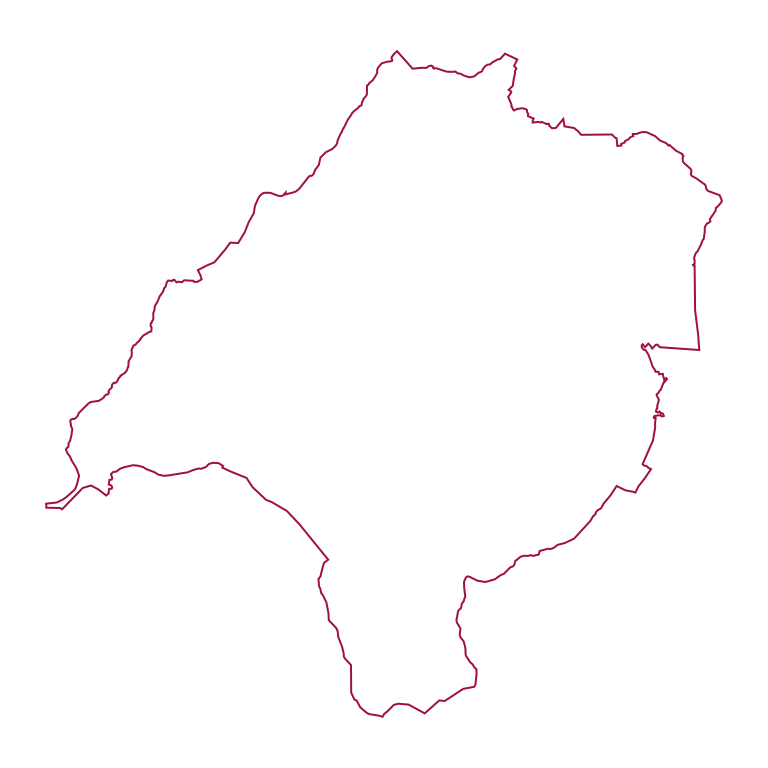 Targu Ocna, Bacau, Romania
{"feature_id": "2599482B20348732028695", "entity_name": "Targu Ocna", "entity_type": "district", "adm_level": 2, "iso_a3": "ROU", "parent_name": "Romania", "parent_adm1": "Bacau", "projection": "natural_earth1", "projection_center": [26.604, 46.281], "detail": "fine", "context": "isolated", "style": "outline", "palette": "rose", "viewbox_px": 768, "rotation_deg": 0, "n_neighbors": 0, "source": "geoboundaries", "source_scale": "gbopen_adm2", "svg_char_len": 6031}
<svg xmlns="http://www.w3.org/2000/svg" viewBox="0 0 768 768"><path d="M475.4,684.6L476.6,674.1L476.4,669.3L474.4,667.3L472.6,664.3L470.0,662.1L466.0,655.8L465.6,654.4L465.4,648.1L464.4,644.1L463.6,641.3L460.5,637.3L459.7,634.6L460.5,628.5L457.0,622.8L456.4,620.4L458.2,610.8L461.1,607.9L461.8,603.8L463.7,601.2L464.5,598.2L465.3,596.8L464.2,587.7L464.0,582.3L464.7,580.0L466.4,577.0L467.8,576.4L469.4,576.7L477.4,580.7L485.4,582.0L494.8,579.3L500.7,575.1L503.9,573.8L510.2,567.4L513.1,566.3L514.2,565.0L515.3,561.0L520.8,556.6L524.0,555.8L528.5,555.9L530.6,555.1L533.1,555.9L538.8,554.5L539.7,551.0L548.1,548.7L550.5,549.1L554.0,547.7L557.7,544.8L564.9,543.0L574.1,538.6L590.4,520.9L592.9,516.5L595.5,514.1L595.7,512.6L597.6,510.2L601.0,508.4L603.7,503.5L610.5,495.4L616.6,486.0L625.4,490.3L633.3,491.8L635.3,492.6L638.5,486.3L644.8,478.3L651.0,469.1L648.5,467.9L646.5,466.1L643.6,465.3L642.6,464.1L653.0,440.4L655.2,427.2L655.0,423.6L655.6,418.6L655.6,418.0L654.0,418.0L653.8,417.2L654.4,416.1L658.1,415.3L660.2,415.4L662.2,416.5L663.9,415.9L662.9,413.6L661.9,413.2L660.7,413.6L660.0,411.8L659.4,411.5L657.8,412.5L656.0,411.6L656.4,409.4L657.5,407.9L657.1,406.5L658.9,399.7L656.7,395.4L656.7,394.2L658.6,392.7L659.3,391.0L660.7,389.8L663.7,382.3L664.3,382.3L667.0,379.0L666.3,378.1L664.2,379.7L662.7,373.8L659.1,374.3L658.5,371.8L655.5,371.7L654.6,369.3L652.9,367.2L648.6,355.0L645.8,350.4L643.3,349.4L641.8,347.5L641.7,345.3L642.7,344.3L645.1,347.2L648.3,343.6L650.7,346.0L652.2,348.6L655.5,345.0L657.4,344.6L659.8,347.2L699.3,350.0L698.1,334.3L695.1,310.2L694.6,265.8L693.5,265.6L693.0,264.8L694.6,263.9L694.6,259.8L694.0,258.3L695.6,253.4L697.6,251.2L701.1,244.3L702.6,240.2L703.7,239.0L704.8,231.5L704.7,228.1L705.3,226.1L707.2,223.3L708.8,222.8L710.4,221.4L709.9,219.1L715.6,210.7L715.9,208.0L718.5,205.7L721.6,201.8L721.9,200.6L719.6,195.2L707.9,190.9L706.1,188.5L705.9,186.4L705.1,184.7L696.9,178.8L691.7,175.8L690.8,174.4L691.5,171.1L690.5,168.8L683.7,162.7L682.9,161.4L682.6,158.0L683.5,156.1L682.4,155.1L682.3,154.1L675.9,150.6L669.4,145.0L668.4,145.5L666.3,143.2L660.2,140.6L654.9,136.0L646.3,132.1L641.7,132.1L636.7,133.9L632.8,134.0L633.4,136.0L630.5,137.1L628.4,139.3L625.0,141.1L624.6,142.6L621.3,143.8L621.3,145.6L617.3,145.9L616.6,138.3L615.4,137.9L611.9,134.5L581.2,134.8L578.3,131.5L574.1,128.0L564.5,126.4L563.3,119.0L555.9,127.9L552.1,128.3L549.2,125.7L549.1,124.2L548.4,123.7L546.6,124.1L541.7,121.9L540.9,122.5L538.4,121.9L532.7,122.6L532.7,120.5L533.7,118.6L527.9,116.1L528.2,113.7L527.2,112.4L526.9,109.9L526.3,109.4L523.5,108.4L521.5,108.3L516.6,109.1L514.2,110.5L512.9,109.4L512.3,107.4L511.5,106.9L511.4,104.3L508.2,96.9L511.2,92.5L511.2,91.5L508.7,89.8L512.8,85.8L513.7,79.2L515.1,73.0L514.8,71.5L516.4,68.6L514.1,65.9L517.3,59.5L505.0,53.7L500.1,59.0L497.5,59.5L492.3,62.4L490.3,64.3L487.6,64.7L485.4,66.0L483.0,68.8L482.2,71.0L481.2,71.8L478.6,72.8L474.2,76.4L469.2,77.3L463.7,75.5L460.8,73.8L457.6,73.3L455.3,71.5L452.2,71.9L446.5,71.6L436.2,68.2L433.7,68.5L433.2,68.1L433.4,66.9L431.3,65.6L428.7,66.1L426.5,67.9L421.4,67.8L412.6,68.7L397.1,51.2L394.1,53.8L391.5,57.4L392.3,60.4L391.8,61.1L386.4,61.9L381.7,63.4L378.2,67.4L377.2,69.7L377.2,72.9L375.3,76.4L372.6,80.4L369.0,83.4L368.5,84.7L367.3,85.2L367.0,86.0L366.9,94.1L366.5,95.3L363.6,98.9L361.9,102.9L361.5,105.4L359.2,106.3L358.4,107.7L353.8,111.3L351.6,113.8L351.4,114.7L348.0,119.3L343.7,128.1L343.1,128.4L342.0,131.4L339.5,136.0L337.6,140.5L337.1,143.3L335.8,145.6L332.0,149.2L326.0,152.1L320.4,157.7L318.8,165.0L315.1,169.9L313.6,173.9L311.6,175.9L309.8,175.9L308.7,176.8L299.2,188.8L296.0,191.4L293.7,192.3L285.7,194.4L285.6,192.5L283.4,195.3L281.0,196.1L278.0,195.7L270.3,192.8L263.8,192.8L260.9,194.7L258.7,197.4L255.0,205.7L253.8,213.2L248.7,222.2L244.8,232.1L238.2,243.0L230.2,242.7L225.4,249.3L214.4,262.3L206.8,265.5L197.9,270.1L200.6,275.7L201.6,279.4L197.3,281.9L194.0,281.9L193.4,280.8L184.2,280.3L182.0,282.2L178.1,281.7L176.5,282.4L174.5,279.9L173.3,279.8L172.2,281.0L168.2,280.5L166.9,282.1L165.5,286.9L164.0,288.3L163.8,289.8L162.6,292.3L159.9,295.9L157.7,301.2L154.9,306.1L154.3,310.7L153.3,312.8L153.3,319.5L152.1,321.1L151.8,322.4L151.0,322.9L150.7,324.3L150.6,325.7L151.6,327.8L151.3,331.4L149.2,332.0L143.2,335.6L140.3,338.9L140.4,339.7L136.5,343.3L135.7,344.6L133.4,345.6L131.5,350.2L131.8,353.1L131.5,356.4L128.7,361.0L128.3,366.9L127.6,367.7L127.2,369.9L124.9,372.9L120.4,375.8L120.4,376.6L119.1,377.5L117.1,381.5L115.5,382.9L113.8,382.8L112.4,384.3L111.9,385.1L111.9,387.3L108.8,390.5L108.5,392.1L108.9,392.9L108.2,394.1L105.9,394.8L104.1,396.5L103.8,397.6L99.0,400.8L90.8,402.0L88.7,403.2L78.6,413.2L78.2,414.9L76.6,417.2L74.3,419.0L72.3,418.9L70.6,420.0L70.2,421.1L71.0,424.8L70.8,425.8L72.1,428.4L72.3,430.9L71.7,431.8L71.8,433.5L70.2,440.5L68.5,443.4L68.5,446.7L66.4,448.5L65.9,449.5L67.4,453.2L70.1,456.7L71.3,459.8L76.5,468.5L79.1,475.7L76.8,484.9L74.9,489.5L66.5,497.0L62.9,499.5L56.8,502.5L46.1,503.7L46.4,507.7L59.9,508.0L62.1,509.3L82.7,488.0L91.0,485.5L98.5,489.5L106.1,495.5L108.5,493.6L109.1,488.9L111.5,488.8L112.2,487.6L111.9,486.3L110.9,485.3L108.8,484.5L109.4,479.9L111.7,479.6L112.3,477.9L111.0,474.1L112.9,472.2L116.4,471.5L119.8,468.9L124.1,467.2L133.0,465.2L138.0,465.7L143.1,467.1L146.3,469.1L154.9,472.4L158.1,474.5L163.4,475.8L168.7,475.4L187.7,472.3L193.5,469.9L198.8,468.5L201.1,468.8L206.1,466.9L208.8,464.0L213.1,462.8L218.1,463.1L219.6,463.7L223.1,466.0L222.3,467.6L230.6,471.5L246.5,477.9L252.6,487.2L266.0,499.8L271.8,502.1L286.9,511.0L299.7,524.6L328.2,559.7L324.2,562.7L323.2,565.3L320.4,576.5L318.5,578.8L319.0,586.1L320.4,589.0L321.1,592.7L323.0,595.4L326.4,602.5L328.5,613.4L328.8,620.2L336.2,628.0L337.7,631.3L338.2,636.8L342.0,646.5L343.6,653.0L343.9,656.8L345.0,658.6L351.0,665.1L351.2,692.7L354.4,699.5L356.8,700.7L360.1,707.1L363.3,710.0L367.0,713.0L369.2,714.1L378.7,715.6L382.5,716.8L384.2,713.9L387.4,711.4L393.8,704.9L398.4,703.7L408.6,704.6L424.7,713.4L439.3,700.4L444.7,701.0L463.1,688.9L474.2,686.8L475.4,684.6Z" fill="none" stroke="#9f1239" stroke-width="2"/></svg>